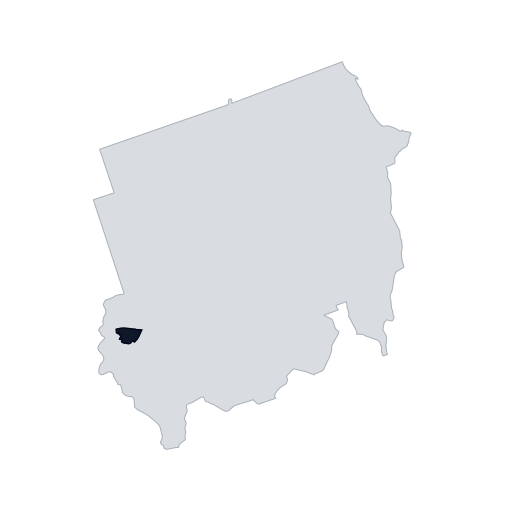 location of As Serief, North Darfur, Sudan, rotated 342°
{"feature_id": "16777658B191743768731", "entity_name": "As Serief", "entity_type": "district", "adm_level": 2, "iso_a3": "SDN", "parent_name": "Sudan", "parent_adm1": "North Darfur", "projection": "albers", "projection_center": [23.384, 13.974], "detail": "fine", "context": "in_parent", "style": "filled", "palette": "ink", "viewbox_px": 512, "rotation_deg": 342, "n_neighbors": 0, "source": "geoboundaries", "source_scale": "gbopen_adm2", "svg_char_len": 4959}
<svg xmlns="http://www.w3.org/2000/svg" viewBox="0 0 512 512"><g transform="rotate(342 256 256)"><path d="M350.6,390.2L346.3,390.4L345.8,389.4L345.7,386.6L346.1,384.5L347.5,381.1L347.0,379.3L347.2,376.7L345.9,373.8L335.3,365.7L333.2,363.4L327.6,361.5L328.5,359.1L325.5,341.7L326.6,339.6L326.8,336.5L326.6,333.9L327.7,329.3L327.8,327.4L317.0,327.7L316.9,329.7L317.5,331.8L317.5,332.7L302.5,333.3L308.8,339.9L309.2,342.9L309.0,346.7L309.1,349.1L309.5,350.6L311.3,353.6L311.2,354.2L310.8,355.0L300.5,364.5L298.8,368.8L297.5,371.0L294.5,374.9L285.0,385.0L283.4,385.7L275.9,386.3L275.2,386.5L274.6,387.0L274.3,386.9L267.7,381.4L256.7,374.8L249.7,378.6L247.8,379.9L247.9,383.2L246.8,385.0L245.0,386.9L239.7,388.2L237.0,389.2L233.8,391.2L230.6,394.3L230.4,396.0L230.8,397.4L212.6,397.7L211.4,396.6L208.6,391.5L206.8,391.9L190.1,391.6L187.8,392.1L183.1,394.3L180.7,394.7L178.2,393.8L169.3,383.7L167.4,382.5L165.4,380.1L163.6,379.1L162.9,378.3L162.7,377.2L162.8,375.0L162.1,373.6L160.7,373.3L149.1,375.8L147.4,375.5L144.9,375.9L144.1,376.4L143.1,377.7L143.0,380.5L142.7,381.9L141.8,383.4L138.5,386.9L137.7,388.4L137.9,392.2L137.7,394.1L137.2,395.0L135.8,396.5L135.2,397.3L134.7,402.2L132.9,405.1L132.4,406.2L132.3,408.3L132.0,408.9L126.7,410.6L124.7,411.7L123.5,413.4L123.2,414.1L120.9,413.5L118.0,413.1L112.5,412.5L110.3,411.8L109.2,410.6L109.5,407.7L109.0,407.1L108.1,406.5L107.5,405.3L107.6,403.7L110.5,400.3L111.1,398.5L111.9,390.0L111.7,387.4L109.4,382.6L104.0,374.3L102.8,372.7L96.1,365.9L95.4,364.9L93.8,362.0L95.5,355.7L95.7,354.0L95.2,352.2L93.5,350.8L92.0,350.7L90.1,349.0L88.8,348.2L87.7,346.7L86.9,344.7L87.5,337.3L87.1,336.3L85.4,336.0L85.0,335.4L85.1,334.0L84.2,329.8L83.2,326.3L83.8,324.4L82.4,321.7L79.7,320.6L74.4,321.4L72.8,321.3L71.7,320.8L70.9,319.8L70.5,318.6L70.9,316.9L72.4,313.8L74.3,311.2L78.0,308.9L79.1,307.6L79.6,306.2L79.7,304.6L79.5,302.9L79.1,301.4L78.0,299.3L77.0,296.9L77.0,295.3L77.5,294.2L78.5,292.8L82.2,290.0L86.1,287.8L86.7,287.0L86.5,286.0L84.7,284.1L84.2,280.5L83.2,278.0L85.2,276.1L86.6,275.4L88.8,274.8L89.7,274.0L90.0,272.5L89.9,271.0L90.7,269.9L91.8,267.6L92.7,266.6L95.6,263.9L96.2,262.1L96.4,260.4L95.6,255.3L97.3,253.1L99.5,251.3L102.5,251.5L107.3,251.1L110.6,250.3L112.9,250.4L118.2,251.3L118.8,250.9L119.0,249.5L118.7,152.2L140.3,152.1L140.6,151.9L140.3,106.2L275.3,103.5L276.5,103.3L278.4,99.0L279.3,98.6L280.7,98.8L281.2,99.8L280.2,103.3L398.0,97.9L398.5,103.1L399.7,107.3L403.4,113.0L406.5,116.1L407.6,117.8L407.7,118.6L407.6,119.4L406.7,118.6L405.2,118.0L405.2,120.9L406.2,126.5L407.6,130.5L407.0,134.3L407.5,140.6L409.4,148.0L409.4,152.9L412.5,164.0L415.3,170.1L416.7,171.6L418.3,172.3L421.2,172.7L425.6,175.6L429.1,178.8L430.4,180.4L432.2,182.3L433.3,181.9L433.9,181.3L435.1,182.8L440.6,185.8L441.5,187.3L439.7,189.0L437.7,191.8L436.7,194.3L436.2,195.1L434.5,196.8L434.3,197.5L433.6,198.1L432.7,198.1L431.0,199.1L429.3,198.9L427.7,199.5L427.1,200.1L425.8,200.7L424.1,201.1L421.4,203.3L419.1,204.5L418.3,205.4L417.3,209.6L416.4,210.7L412.8,211.1L411.1,211.5L408.7,211.2L407.5,211.3L407.3,212.2L407.0,215.8L407.2,217.3L405.4,221.5L406.4,229.0L404.8,234.8L404.6,236.1L402.9,240.8L401.9,242.5L399.9,251.1L399.0,253.7L397.1,256.5L400.4,276.7L398.9,283.0L399.2,286.3L398.2,291.4L397.3,293.8L395.8,296.6L394.6,299.8L393.7,304.0L393.3,311.8L392.9,312.5L386.5,313.8L384.5,314.5L383.2,315.4L381.6,317.5L378.6,323.2L377.0,326.6L374.5,331.3L371.5,334.7L370.9,336.3L370.6,339.3L369.6,344.0L368.7,347.4L369.0,350.0L368.2,354.7L368.5,356.9L367.4,358.2L366.0,359.5L365.0,359.8L360.3,357.0L357.2,359.2L355.4,362.3L353.9,365.4L355.1,371.7L355.1,373.1L354.7,374.7L352.0,381.1L351.2,384.0L350.5,389.0L350.6,390.2Z" fill="#d9dde1" stroke="#a8b0b8" stroke-width="1"/><path d="M118.4,288.1L117.6,287.9L113.5,286.1L110.7,284.8L110.0,284.5L108.5,283.8L106.3,283.2L104.5,282.8L103.4,282.8L101.2,282.4L100.3,282.5L100.2,282.7L100.2,283.0L100.2,283.3L100.1,283.7L100.1,283.8L99.8,284.7L99.8,284.9L99.7,285.3L99.6,285.5L99.6,285.8L99.8,286.1L100.0,286.4L100.1,286.5L100.3,286.7L100.6,287.1L100.9,287.1L101.2,287.1L102.0,286.9L102.0,287.1L102.0,287.3L102.0,287.5L101.9,287.6L101.8,288.2L101.7,288.3L101.8,288.5L102.0,288.7L102.1,289.2L102.4,289.8L102.6,290.5L102.5,291.0L102.3,291.3L101.7,291.7L101.4,291.8L100.8,292.4L100.6,292.8L100.5,293.0L101.1,293.3L102.1,293.7L102.8,294.2L102.9,294.5L102.6,294.9L102.0,295.3L101.7,295.9L101.8,296.3L102.3,297.0L102.9,297.4L103.5,297.9L103.8,298.3L104.2,298.5L104.8,298.5L105.3,298.2L105.5,298.3L105.6,298.7L105.8,299.0L106.7,299.5L107.5,300.0L108.4,300.1L110.0,300.0L110.4,299.7L111.0,299.2L111.4,299.0L111.7,299.0L112.0,298.8L112.4,298.6L112.6,298.6L113.0,299.0L113.2,299.5L113.5,299.8L113.9,300.3L114.5,299.9L115.3,299.5L115.4,299.4L115.6,299.3L115.9,299.1L117.1,298.5L117.2,298.4L117.3,298.4L118.0,297.8L118.2,297.6L118.3,297.5L119.1,296.8L119.7,296.3L121.3,294.5L123.0,292.7L124.5,291.0L123.8,290.7L120.9,289.6L118.7,288.7L118.4,288.1Z" fill="#0f172a" stroke="#020617" stroke-width="1.5"/></g></svg>